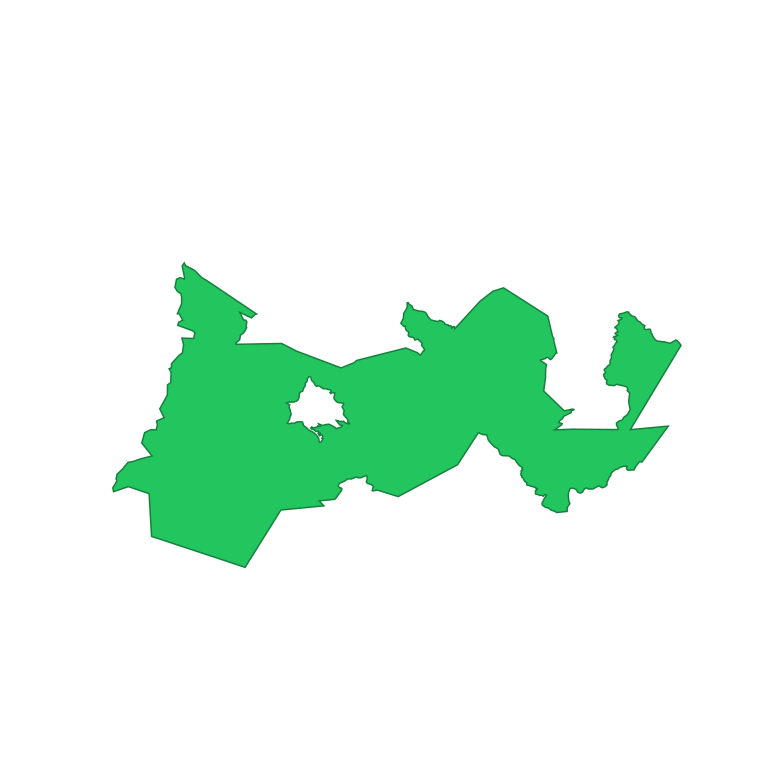 outline of Santiago Lachiguiri, Oaxaca, Mexico, rotated 69°
{"feature_id": "50627088B82456148735878", "entity_name": "Santiago Lachiguiri", "entity_type": "district", "adm_level": 2, "iso_a3": "MEX", "parent_name": "Mexico", "parent_adm1": "Oaxaca", "projection": "natural_earth1", "projection_center": [-95.518, 16.79], "detail": "fine", "context": "isolated", "style": "filled", "palette": "green", "viewbox_px": 768, "rotation_deg": 69, "n_neighbors": 0, "source": "geoboundaries", "source_scale": "gbopen_adm2", "svg_char_len": 6155}
<svg xmlns="http://www.w3.org/2000/svg" viewBox="0 0 768 768"><g transform="rotate(69 384 384)"><path d="M441.7,162.6L442.6,164.0L444.7,165.4L446.0,165.3L446.7,166.0L447.4,169.1L448.7,170.6L448.7,172.2L449.8,173.4L452.8,173.0L453.7,175.5L455.6,175.9L458.8,175.6L460.5,174.5L462.4,175.9L463.9,176.0L465.7,174.4L467.8,170.1L468.0,169.0L467.6,167.1L472.6,159.6L473.9,158.2L476.3,158.3L477.0,159.3L478.4,159.0L480.1,157.9L481.1,158.2L488.1,161.9L496.1,163.4L499.7,167.4L501.1,172.2L503.0,174.3L502.8,177.7L503.8,181.0L505.8,181.7L508.5,181.2L510.4,181.9L493.5,224.9L488.0,241.0L485.7,232.6L484.8,231.9L482.6,234.6L481.3,233.1L480.4,230.1L478.5,227.6L477.8,219.5L476.1,218.8L476.1,215.9L475.4,216.2L474.8,217.7L473.7,225.3L447.8,237.4L435.8,230.9L427.7,227.6L424.2,225.3L418.1,229.5L417.6,229.1L418.1,224.1L417.5,223.2L417.7,221.5L420.8,220.1L420.7,218.6L416.8,212.5L417.0,211.5L404.4,210.0L402.3,209.1L400.0,209.6L379.2,206.8L337.1,237.9L336.4,249.1L341.2,264.8L357.8,298.1L355.8,297.7L355.4,298.1L355.3,298.9L356.1,300.6L354.0,300.5L353.3,301.5L353.5,302.2L351.8,302.8L350.1,305.7L348.4,305.7L346.1,307.3L344.6,309.3L345.1,311.2L341.0,317.3L335.6,319.1L333.6,319.0L331.8,319.9L330.1,321.7L328.4,325.2L325.0,329.9L321.1,330.0L318.4,332.0L316.8,332.2L316.5,333.3L320.3,334.6L322.2,336.4L325.1,340.3L329.8,342.5L333.3,346.5L337.6,344.7L337.8,343.2L340.2,344.1L341.9,343.9L345.0,342.2L346.5,343.7L347.8,343.9L348.9,343.4L351.2,339.9L351.9,339.4L353.9,339.5L354.4,336.2L359.7,333.8L361.3,335.0L366.2,333.8L367.3,334.3L367.1,335.1L367.9,336.5L369.4,338.4L369.9,340.0L366.8,341.6L358.2,350.7L352.2,401.2L353.4,404.4L353.6,418.3L322.2,453.6L309.5,465.0L293.9,508.0L292.7,507.8L291.1,503.0L287.0,500.5L285.8,496.3L282.2,492.0L280.8,492.2L276.9,489.8L275.0,490.1L273.8,492.1L265.4,493.1L274.8,484.0L272.9,479.5L273.0,477.9L223.9,512.4L219.2,516.1L209.9,520.2L202.2,526.9L199.4,527.1L201.4,530.1L213.4,532.1L214.4,532.8L211.6,536.4L211.9,540.2L218.9,544.6L223.5,543.7L226.9,541.3L230.6,541.8L236.6,544.3L244.4,551.7L244.9,550.1L252.3,549.0L252.7,553.5L255.3,555.5L265.5,543.9L268.1,542.1L273.3,545.4L268.7,556.2L275.7,557.1L282.7,561.1L283.7,564.8L288.2,573.9L289.3,575.4L292.7,576.6L292.7,579.1L296.9,578.6L306.3,582.7L307.2,586.4L316.6,590.2L326.9,602.3L336.6,601.3L337.1,609.6L341.1,610.3L345.2,613.1L343.1,617.9L343.6,624.9L352.3,631.3L368.1,626.3L366.7,637.4L366.4,646.3L365.4,651.0L369.7,658.6L372.6,665.5L376.6,668.1L378.8,668.1L383.8,674.4L387.6,675.1L388.2,659.4L402.2,642.6L443.0,655.6L505.4,579.4L464.7,525.4L476.2,483.8L469.9,486.4L473.9,471.9L473.7,470.4L468.5,462.3L467.0,460.9L465.8,461.2L465.0,462.5L463.6,463.2L462.5,463.1L460.8,461.4L460.6,455.5L459.6,451.8L461.0,448.5L460.9,442.8L462.2,442.1L463.3,438.7L462.9,433.7L464.4,432.8L466.2,433.5L468.9,435.5L470.0,435.4L471.1,434.8L473.4,431.8L475.7,430.6L479.2,433.2L479.9,432.7L480.6,428.3L494.2,411.1L485.7,344.2L463.2,313.3L466.4,310.3L468.3,306.3L474.2,306.7L482.0,303.6L485.4,300.7L491.5,300.7L493.3,299.1L496.0,293.1L499.8,290.7L501.6,288.6L504.0,288.4L508.6,286.9L511.7,284.7L512.1,285.4L514.1,285.5L513.8,286.4L514.4,287.2L515.7,287.3L516.5,288.3L518.4,288.8L519.2,288.2L520.4,288.7L521.1,288.1L525.2,287.6L526.9,286.3L529.7,286.7L530.9,284.5L532.1,283.7L532.9,282.0L534.1,280.9L534.1,280.3L535.5,279.7L536.3,278.4L536.8,278.2L537.3,278.7L537.1,279.6L538.1,279.8L538.0,280.9L541.0,282.0L542.8,279.4L543.8,278.6L544.5,276.7L545.8,275.4L544.8,273.8L545.4,272.5L546.2,272.2L547.9,274.9L552.0,279.2L553.7,279.6L557.0,277.5L558.7,274.9L561.5,273.3L564.5,269.7L565.8,269.1L568.6,258.7L564.9,257.2L562.3,253.4L559.5,253.4L554.0,251.9L551.0,250.3L548.4,247.8L548.3,246.8L548.9,245.2L550.9,242.6L554.7,241.7L556.2,239.9L556.1,237.5L553.7,234.3L553.5,232.3L555.4,230.6L556.9,226.6L556.1,220.7L556.4,219.6L558.6,218.0L559.2,216.8L559.1,214.6L558.0,211.8L557.2,211.9L555.3,210.7L553.3,208.4L551.9,207.6L551.0,205.5L548.9,203.9L547.8,202.1L546.8,198.4L547.1,196.0L546.4,193.5L546.7,189.5L547.6,187.1L548.5,186.8L549.4,187.8L550.5,187.9L551.9,187.2L553.8,181.4L551.0,178.2L548.3,173.6L548.5,172.2L549.3,171.1L525.2,133.7L514.9,170.4L454.4,92.9L452.5,93.3L448.6,94.8L447.5,95.9L448.6,102.4L445.3,106.8L441.9,113.5L439.9,114.9L436.6,115.8L430.3,116.1L428.6,115.7L427.8,116.7L427.0,120.2L425.8,121.0L424.6,121.1L423.0,119.6L420.6,121.7L418.2,122.5L416.1,124.4L411.2,125.7L409.2,128.3L405.5,130.0L404.5,129.8L403.6,131.8L403.7,134.9L403.0,138.9L403.6,139.9L405.3,140.7L406.4,140.4L407.4,138.4L407.9,138.2L408.7,139.4L408.6,142.8L409.9,142.3L411.2,142.6L412.6,144.4L413.8,148.0L414.2,148.3L415.4,146.9L418.7,146.9L419.5,147.4L419.0,148.2L419.4,150.0L420.4,149.8L422.4,148.5L422.6,149.7L422.1,152.1L422.8,153.1L423.8,152.0L425.1,152.9L426.1,151.5L428.2,151.3L428.7,152.8L430.7,155.0L431.4,156.9L433.9,157.0L435.7,158.4L437.9,161.2L441.7,162.6ZM384.9,433.6L387.3,428.7L388.5,429.1L390.3,431.4L394.4,430.7L398.0,432.8L404.5,430.5L406.4,431.4L408.5,430.4L408.6,431.5L405.7,434.7L404.3,435.0L404.1,436.9L403.7,436.9L402.9,439.3L401.8,439.8L400.9,441.7L406.6,439.9L407.7,437.7L408.5,438.3L408.9,439.8L408.5,444.7L406.6,445.5L401.8,449.8L401.0,452.8L400.8,456.0L397.8,459.3L400.6,458.9L400.4,460.2L399.4,461.0L400.2,461.9L399.8,465.5L398.2,466.9L398.8,468.1L400.3,467.7L401.4,466.0L404.0,464.6L404.7,462.2L405.8,462.3L406.5,463.2L407.2,462.7L407.9,463.1L408.8,462.6L409.2,463.5L409.0,461.8L408.0,462.2L406.1,461.1L408.0,461.2L410.1,460.0L411.0,460.0L412.6,461.4L413.3,460.6L415.8,464.0L415.5,464.7L414.7,465.2L411.0,464.4L407.4,465.5L404.1,467.1L399.6,471.0L396.4,472.3L394.4,473.9L390.3,473.7L389.1,475.9L388.1,479.4L388.6,481.5L387.3,484.5L387.1,487.0L386.0,488.3L383.0,484.7L381.2,483.7L379.2,481.6L373.6,480.8L372.2,481.1L369.5,479.6L366.8,481.8L366.7,479.6L368.6,474.4L368.5,470.7L366.4,468.3L362.3,466.2L361.6,464.8L361.6,462.6L358.9,460.2L357.3,458.0L354.9,457.3L354.5,455.5L353.0,454.2L351.6,453.7L350.4,451.8L350.4,451.0L351.3,450.0L354.9,450.3L357.4,448.9L360.1,448.7L362.0,447.8L362.0,446.4L362.6,445.2L366.7,442.4L367.4,440.4L370.6,435.9L372.0,436.1L372.6,437.5L373.8,437.1L373.6,435.2L374.8,433.1L378.8,435.6L380.0,435.9L383.0,434.9L384.9,433.6Z" fill="#22c55e" stroke="#15803d" stroke-width="1.5"/></g></svg>